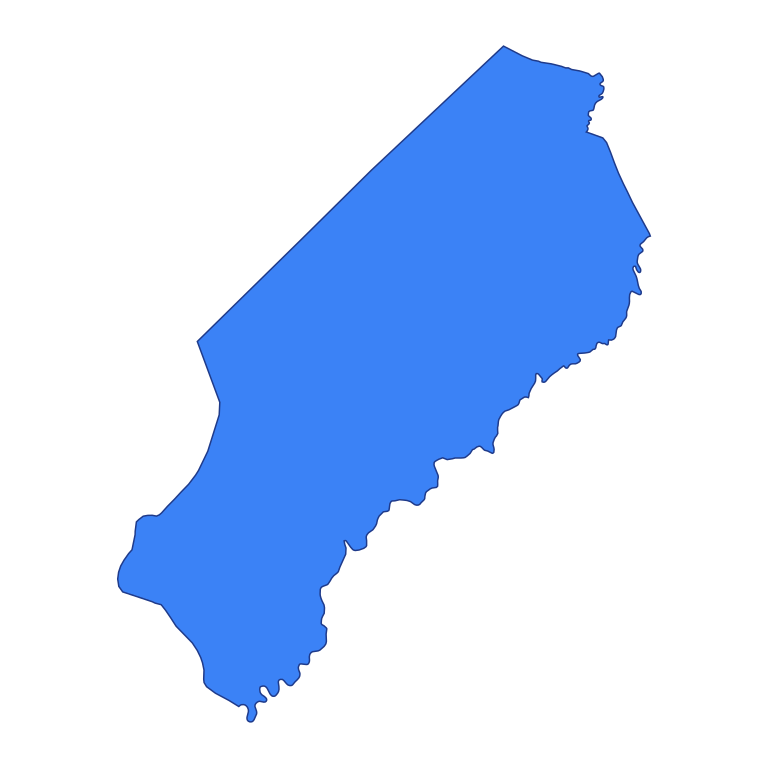 outline of Su-Ngai Kolok, Narathiwat, Thailand
{"feature_id": "78962969B19527388455587", "entity_name": "Su-Ngai Kolok", "entity_type": "district", "adm_level": 2, "iso_a3": "THA", "parent_name": "Thailand", "parent_adm1": "Narathiwat", "projection": "natural_earth1", "projection_center": [102.011, 6.069], "detail": "fine", "context": "isolated", "style": "filled", "palette": "blue", "viewbox_px": 768, "rotation_deg": 0, "n_neighbors": 0, "source": "geoboundaries", "source_scale": "gbopen_adm2", "svg_char_len": 6085}
<svg xmlns="http://www.w3.org/2000/svg" viewBox="0 0 768 768"><path d="M650.3,236.1L649.4,233.6L632.5,202.5L627.3,191.6L623.4,183.8L618.5,173.2L614.5,163.1L610.5,152.2L606.6,142.6L602.8,137.9L586.3,132.0L587.4,130.6L588.0,129.0L587.9,128.0L587.1,126.4L587.1,125.6L588.7,124.3L589.3,123.3L589.3,122.7L588.6,121.6L588.6,121.0L589.0,120.5L590.7,120.2L591.2,119.4L591.2,118.7L590.9,117.9L588.9,116.1L588.3,115.3L588.4,113.5L588.7,111.8L589.9,110.9L592.5,110.4L593.3,110.0L593.8,108.8L594.6,105.0L595.6,103.1L597.2,101.5L601.3,99.3L602.5,98.2L602.9,97.4L602.9,96.9L602.5,96.6L599.6,97.2L599.1,97.0L598.9,96.4L598.9,96.0L599.4,95.3L601.6,93.9L602.4,93.1L603.1,91.7L603.8,89.4L603.9,88.0L603.6,86.7L603.1,86.3L600.8,85.4L600.2,84.8L600.0,84.2L600.1,83.6L600.5,83.1L602.6,81.6L603.2,80.8L603.3,80.2L603.2,79.2L602.3,76.7L599.5,73.2L598.5,73.3L593.6,76.2L592.9,76.4L591.9,76.3L590.8,75.8L588.4,73.6L582.3,71.7L579.5,70.9L571.6,69.5L568.4,67.9L565.6,67.9L561.6,66.4L554.1,64.5L551.1,63.8L541.0,62.3L538.5,61.2L532.5,60.1L522.0,55.7L503.5,46.1L371.5,170.1L302.2,238.6L197.3,341.5L219.8,402.3L219.2,414.9L207.8,451.2L198.5,470.5L195.6,475.1L188.6,484.3L181.5,491.6L174.3,499.4L167.4,506.4L161.6,512.9L159.4,514.8L156.5,516.1L152.2,515.3L147.6,515.4L143.2,516.2L138.9,519.5L136.4,521.9L135.2,531.2L135.1,534.7L132.0,549.8L128.7,553.5L124.1,560.0L120.7,566.0L118.6,572.2L117.7,579.0L118.8,586.4L122.7,591.9L152.2,601.7L155.1,603.1L161.2,604.7L165.6,610.3L170.5,617.5L176.1,626.2L192.3,642.9L197.3,650.5L200.7,657.5L202.5,662.8L204.0,670.1L203.7,679.2L204.1,682.6L206.6,686.7L215.4,693.2L228.9,700.4L238.8,706.5L240.4,705.1L241.5,704.7L243.8,704.6L245.5,705.2L246.9,706.5L247.7,707.8L248.4,709.8L248.4,711.8L247.0,717.3L247.0,718.9L247.4,720.1L248.3,721.2L250.0,721.9L251.7,721.8L252.6,721.4L253.5,720.5L254.2,719.4L256.6,713.9L256.7,712.4L256.5,711.1L254.9,706.4L255.1,704.7L255.9,703.4L257.3,702.1L258.8,701.4L259.8,701.3L263.7,702.1L265.0,702.0L265.5,701.8L266.2,701.2L266.7,700.1L266.6,699.1L265.9,697.9L264.4,696.5L261.9,694.8L260.7,693.4L260.1,692.1L259.7,689.4L259.9,687.8L260.3,686.9L261.0,686.5L263.0,686.0L264.7,686.2L265.6,686.7L266.7,687.7L267.5,689.0L269.8,693.5L270.6,694.7L272.2,696.1L274.0,696.3L275.2,695.9L276.4,694.8L277.9,692.8L278.6,691.3L279.0,689.3L278.9,686.5L278.3,682.2L278.5,680.9L279.2,679.9L280.3,679.4L282.3,679.4L283.7,680.4L286.6,683.8L288.0,685.0L289.9,685.6L291.3,685.5L292.1,685.2L292.7,684.7L295.0,681.9L297.4,679.6L298.9,677.8L299.6,676.4L299.9,674.9L299.9,673.2L298.6,669.7L298.3,667.7L298.5,666.6L299.4,664.5L299.9,664.1L301.0,663.9L306.3,664.5L307.4,664.4L308.0,664.1L308.6,663.4L309.3,661.9L309.5,660.1L309.3,656.9L309.8,654.4L310.6,653.2L311.3,652.4L312.6,651.7L318.1,650.9L319.9,650.1L324.1,646.4L325.6,644.3L326.0,643.3L326.4,641.3L326.1,634.1L326.8,628.8L326.3,627.9L324.0,625.8L321.9,624.6L321.2,623.5L321.4,620.3L321.7,618.4L322.7,616.1L324.2,613.3L324.5,607.9L324.0,604.9L321.9,600.6L321.0,598.3L320.3,595.8L320.1,594.0L320.3,589.3L321.0,587.7L321.7,587.0L323.2,586.2L327.0,584.8L327.9,584.2L330.2,580.8L331.6,578.3L333.7,575.7L337.1,573.0L338.3,571.7L339.9,567.1L345.7,554.2L346.0,548.0L344.8,544.5L344.1,540.9L345.1,540.5L346.2,540.9L350.6,547.1L352.7,549.5L353.7,550.1L355.2,550.5L359.1,550.0L363.8,548.3L366.0,546.7L366.6,545.6L366.6,540.7L366.2,537.3L366.4,536.0L367.0,534.7L368.5,532.8L372.8,529.8L373.6,528.8L375.6,525.9L376.6,523.7L377.4,519.9L378.2,517.9L379.2,516.0L383.4,511.8L387.2,511.3L388.7,510.6L389.0,510.0L389.2,509.0L389.9,503.8L390.2,503.1L391.2,501.4L392.0,501.0L395.0,500.8L399.6,499.7L404.1,500.1L407.1,500.5L410.5,501.6L414.5,504.5L416.2,505.1L418.1,505.1L419.7,504.4L421.2,502.6L423.8,500.1L424.5,499.1L424.7,498.6L424.9,496.2L425.6,492.9L426.5,491.6L430.3,488.8L432.2,488.0L436.4,487.4L437.6,486.2L437.7,484.2L437.6,480.8L438.2,477.7L438.2,476.1L438.0,475.2L434.4,466.4L434.0,464.7L434.2,462.4L435.1,461.4L436.7,460.4L438.7,459.3L442.7,457.8L447.2,459.6L452.6,458.7L455.1,458.0L460.8,458.0L463.5,457.8L465.0,457.5L466.9,456.2L470.1,453.4L472.5,449.6L474.1,449.1L476.8,447.0L479.1,446.2L480.0,446.3L480.8,446.7L482.1,447.8L483.9,449.7L484.8,450.3L487.6,451.0L492.2,453.3L493.0,453.1L493.8,452.3L494.1,449.5L493.9,447.9L493.0,444.6L493.0,442.8L494.3,439.1L495.4,437.1L496.5,435.9L497.8,433.4L497.6,430.3L497.6,427.3L498.0,425.7L498.4,421.4L498.8,419.6L500.5,416.4L501.8,414.3L503.3,412.5L505.0,411.1L508.9,409.8L516.7,405.7L518.1,404.7L518.9,403.3L519.9,400.1L520.3,399.7L524.4,397.1L526.2,397.0L528.4,397.6L528.9,395.8L529.1,393.4L529.4,392.6L531.2,388.5L534.6,383.2L535.5,381.0L535.7,378.5L535.7,374.8L536.3,373.6L537.6,373.6L538.6,374.2L542.1,378.5L542.3,378.9L542.0,380.7L542.1,381.8L543.3,382.2L544.6,382.1L545.7,381.4L549.6,376.7L551.8,374.8L554.5,372.8L557.4,370.9L560.0,368.5L563.5,365.9L564.1,366.1L565.6,367.9L566.9,368.2L567.7,367.7L569.4,365.2L570.9,364.1L572.6,363.8L575.4,363.8L576.9,363.3L579.0,362.1L580.1,361.0L580.3,359.5L577.7,355.5L577.6,354.3L578.0,353.7L579.0,353.4L584.8,353.0L588.0,352.5L589.9,352.0L593.0,349.4L594.6,349.2L595.2,348.8L595.8,347.7L596.1,345.9L596.8,343.6L597.4,342.9L598.3,342.3L599.8,342.3L601.5,343.2L602.5,343.6L604.7,343.5L606.5,344.7L607.5,344.8L607.9,344.5L608.1,344.1L608.6,339.9L611.4,340.1L613.1,339.4L614.1,338.8L614.9,337.8L615.6,336.6L616.5,330.0L617.3,328.0L618.1,327.2L620.7,326.0L621.3,325.5L622.8,321.9L625.7,318.3L626.4,316.9L626.7,315.4L626.6,312.0L626.8,311.0L628.9,305.3L629.3,303.5L629.5,301.3L629.4,298.0L629.7,294.5L630.9,291.9L631.5,291.4L632.3,291.3L638.6,294.4L639.4,294.6L640.4,294.5L641.0,293.9L641.2,293.3L641.2,291.7L640.8,290.8L639.3,288.4L638.3,285.4L637.0,279.0L636.2,276.3L633.3,270.2L632.9,268.9L633.0,267.8L633.4,266.8L633.8,266.4L634.3,266.2L635.0,266.2L635.6,266.6L636.6,269.7L638.0,271.7L638.5,272.2L639.3,272.5L640.0,272.3L640.5,271.7L640.7,270.7L640.6,269.2L639.9,267.8L637.8,264.2L637.3,262.8L637.2,261.1L637.9,256.5L638.6,254.7L639.3,253.9L642.6,251.4L642.8,250.8L642.9,250.1L642.6,249.1L640.3,246.5L640.0,245.7L640.1,245.0L640.4,244.2L643.6,241.6L646.7,237.8L648.4,236.7L650.3,236.1Z" fill="#3b82f6" stroke="#1e3a8a" stroke-width="1.5"/></svg>